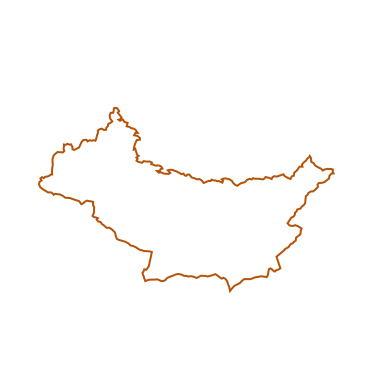 outline of Rio Branco do Sul, Paraná, Brazil, rotated 338°
{"feature_id": "56859067B90191721283188", "entity_name": "Rio Branco do Sul", "entity_type": "district", "adm_level": 2, "iso_a3": "BRA", "parent_name": "Brazil", "parent_adm1": "Paraná", "projection": "mercator", "projection_center": [-49.343, -25.056], "detail": "fine", "context": "isolated", "style": "outline", "palette": "amber", "viewbox_px": 384, "rotation_deg": 338, "n_neighbors": 0, "source": "geoboundaries", "source_scale": "gbopen_adm2", "svg_char_len": 4536}
<svg xmlns="http://www.w3.org/2000/svg" viewBox="0 0 384 384"><g transform="rotate(338 192 192)"><path d="M229.4,298.9L231.5,297.2L232.9,294.6L234.6,292.3L236.3,292.4L237.3,293.9L237.9,295.5L239.0,296.8L240.8,296.0L243.7,296.3L245.3,295.9L246.1,283.6L255.3,280.7L257.1,279.7L260.7,279.3L264.3,277.1L266.1,277.4L267.5,276.5L269.9,276.0L271.5,273.2L274.2,272.6L276.8,271.7L277.9,269.4L280.0,266.8L277.5,263.5L275.3,261.4L272.8,261.3L269.9,259.6L268.9,256.8L271.2,255.2L274.4,253.0L277.1,252.8L278.8,251.6L279.8,249.7L281.7,249.1L283.1,247.6L286.5,248.0L288.1,246.8L290.6,246.0L292.2,245.2L293.3,243.8L294.8,240.7L296.0,238.5L297.9,238.0L299.3,236.6L302.5,236.0L304.5,236.8L307.7,235.8L310.5,234.6L311.2,232.2L312.7,231.2L316.6,232.3L318.8,232.4L324.2,230.8L325.4,228.5L328.1,227.2L330.2,227.8L330.0,226.1L331.0,223.9L329.3,222.6L326.2,221.3L323.4,220.8L321.3,221.1L320.5,218.8L318.5,216.7L316.2,213.8L315.5,210.6L313.9,208.8L315.0,205.2L314.7,202.7L313.4,203.7L311.2,204.3L309.5,205.6L308.0,206.0L306.2,206.7L304.1,207.9L303.9,209.9L301.2,208.8L297.3,211.3L294.0,212.5L292.5,215.0L290.5,214.9L288.2,216.8L286.4,215.2L283.9,212.0L283.3,209.8L276.5,209.5L273.9,208.1L272.2,208.4L270.7,209.8L268.7,207.7L265.8,205.7L263.2,207.0L261.3,206.3L259.4,205.0L255.2,203.2L253.9,202.1L252.2,202.8L250.2,201.3L247.3,201.5L244.7,202.7L240.7,202.2L236.3,203.2L234.7,201.5L233.5,198.8L233.2,196.7L231.4,194.2L230.0,193.2L228.6,192.2L226.5,191.4L224.3,191.4L225.1,193.1L223.6,194.7L221.0,191.9L219.3,191.3L218.2,190.2L216.4,189.4L214.7,187.9L213.3,188.8L211.4,187.9L208.7,188.0L206.2,188.0L205.3,184.9L203.9,182.9L201.3,182.1L199.5,180.2L197.2,178.5L196.1,174.9L194.3,174.1L192.5,174.8L191.3,173.5L191.0,171.7L188.8,171.5L187.1,169.1L185.4,167.2L181.6,163.8L179.4,163.0L177.7,162.8L179.0,166.2L177.3,166.5L173.1,164.6L171.7,163.2L170.5,162.0L168.4,161.6L167.4,159.4L170.0,160.3L171.4,159.0L173.4,159.2L172.9,156.7L170.8,154.7L167.9,153.8L166.4,152.2L164.7,151.0L165.8,149.7L164.1,147.8L161.5,146.9L158.7,145.3L156.8,146.2L153.7,144.1L152.3,142.2L154.0,140.9L153.3,139.3L156.0,138.5L155.0,136.9L155.2,135.1L155.4,132.7L155.6,130.6L153.9,130.8L155.5,128.1L157.8,125.4L160.3,123.2L163.3,124.0L163.9,122.3L162.4,119.6L159.6,117.7L161.7,116.0L163.8,116.9L162.9,113.1L161.7,111.4L159.7,110.2L158.2,108.1L156.0,106.6L158.2,103.8L155.6,101.8L155.0,98.7L151.9,99.0L151.0,97.5L153.0,97.6L154.6,96.4L153.9,94.1L152.9,90.6L154.7,89.8L154.1,86.4L152.5,85.3L150.9,85.1L149.8,87.4L148.5,89.0L146.3,88.1L144.4,89.9L143.6,93.3L144.6,96.6L143.2,97.2L139.8,97.6L138.5,99.5L136.6,100.4L135.7,102.1L133.7,101.6L132.0,99.4L129.6,99.2L127.8,99.7L127.0,101.8L124.7,104.5L122.9,107.1L121.7,108.3L120.2,107.1L118.1,106.9L116.5,105.6L114.2,106.0L113.7,104.1L110.7,103.1L108.1,104.5L104.0,108.4L100.6,108.7L98.6,108.9L97.2,107.6L98.0,105.5L97.7,102.5L96.1,102.2L94.5,100.7L92.5,100.9L91.0,100.0L90.5,101.6L89.1,103.8L88.9,106.2L87.1,106.9L85.1,105.9L82.1,104.6L79.5,105.5L77.9,106.0L76.7,107.1L74.8,109.6L73.8,112.4L72.8,115.2L71.3,117.5L69.7,121.0L68.9,123.4L67.1,123.0L65.7,123.5L63.2,123.4L61.4,122.8L59.8,123.6L58.5,122.1L56.6,122.6L56.8,125.0L54.5,125.4L53.0,127.5L53.1,130.7L54.9,133.8L56.8,136.3L58.4,138.5L61.1,139.5L62.1,140.9L62.7,142.8L64.4,142.4L66.5,143.7L68.4,144.6L70.9,147.3L72.3,149.8L76.3,151.7L80.1,155.0L83.9,158.2L84.9,161.9L87.2,161.7L89.3,160.8L91.4,160.7L93.3,162.0L94.7,162.8L96.6,164.1L95.3,167.2L95.6,169.6L94.7,171.3L94.0,173.3L92.9,175.0L90.8,176.9L91.8,178.7L93.4,179.6L95.0,181.1L93.3,181.9L93.9,184.1L96.0,185.5L96.6,188.2L97.7,189.7L98.7,191.9L99.7,193.4L101.7,194.0L103.4,196.1L105.3,200.2L105.3,202.1L104.8,204.2L104.8,207.4L106.1,208.9L108.5,210.8L111.3,212.9L114.1,216.2L114.9,218.5L116.9,219.8L119.1,222.0L120.7,224.3L122.3,226.5L123.8,227.3L125.5,228.8L127.0,229.6L128.7,230.3L130.4,231.1L132.3,232.6L124.2,244.6L122.2,246.0L120.4,247.0L118.8,245.8L117.4,247.4L115.7,248.5L115.3,257.2L117.4,257.1L119.6,257.3L124.5,259.2L127.2,260.0L129.7,262.6L131.5,263.7L134.1,263.8L136.3,262.6L138.1,262.3L146.0,262.4L148.6,262.8L151.0,264.4L153.3,266.8L155.5,267.8L157.0,269.1L158.8,269.4L160.7,270.4L162.5,271.9L164.1,273.5L168.7,273.0L170.7,273.8L172.8,274.7L174.8,276.2L178.2,276.6L183.0,277.0L184.4,279.1L185.5,281.1L187.0,283.4L189.0,283.3L190.4,285.0L191.1,287.1L191.0,289.4L190.9,291.5L190.9,294.4L190.2,298.0L193.6,296.1L196.2,294.9L198.1,294.7L200.2,294.6L202.5,294.3L204.8,293.2L207.6,292.3L209.9,293.2L213.5,294.7L218.8,294.8L221.5,295.5L223.6,295.8L225.3,296.4L227.2,297.5L229.4,298.9Z" fill="none" stroke="#b45309" stroke-width="2"/></g></svg>